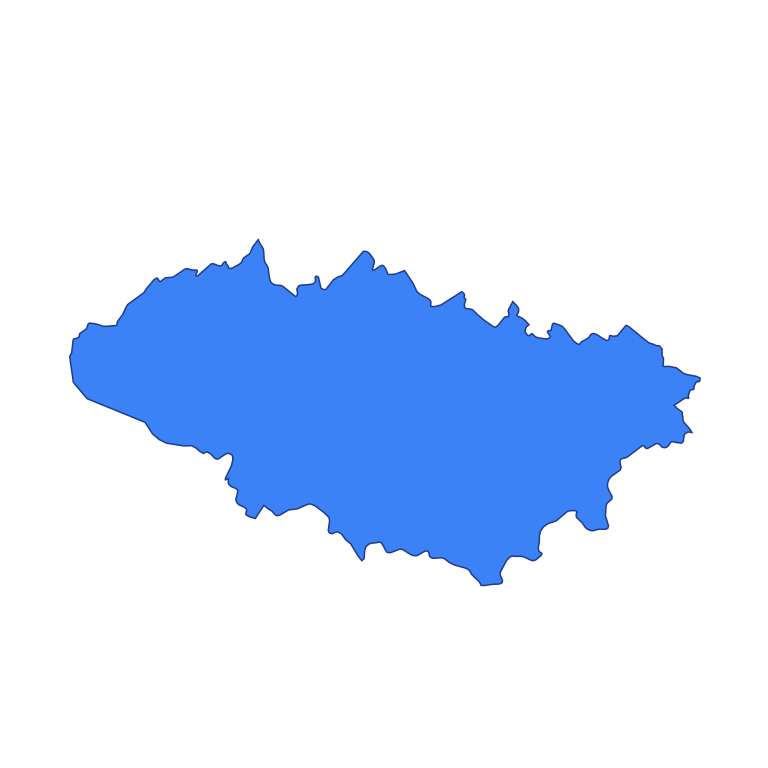 the border of Pskov, rotated 304°
{"feature_id": "RUS-2335", "entity_name": "Pskov", "entity_type": "Region", "adm_level": 1, "iso_a3": "RUS", "parent_name": "Russia", "parent_adm1": "", "projection": "mercator", "projection_center": [29.766, 57.296], "detail": "fine", "context": "isolated", "style": "filled", "palette": "blue", "viewbox_px": 768, "rotation_deg": 304, "n_neighbors": 0, "source": "natural_earth", "source_scale": "10m", "svg_char_len": 6171}
<svg xmlns="http://www.w3.org/2000/svg" viewBox="0 0 768 768"><g transform="rotate(304 384 384)"><path d="M232.1,382.0L226.2,375.3L216.9,370.9L214.7,368.5L215.0,365.6L216.0,362.2L215.7,358.3L216.2,352.3L200.6,352.5L199.1,348.1L198.5,345.4L198.4,343.3L199.2,341.8L202.6,340.8L203.5,339.3L203.7,335.9L203.3,334.8L202.8,331.1L203.0,329.5L203.5,328.1L204.1,327.2L205.5,325.7L212.8,323.1L214.4,321.4L214.5,319.3L213.5,314.6L213.9,311.8L214.8,310.4L216.0,309.4L218.5,308.1L215.9,306.1L217.0,305.3L231.5,303.1L237.1,300.8L239.1,299.3L240.3,297.1L239.5,293.8L238.0,292.1L229.1,288.5L228.3,287.5L227.8,285.2L229.2,279.3L228.7,275.2L227.1,273.9L225.4,273.2L225.2,268.3L225.8,264.0L225.3,259.1L220.8,252.8L213.3,236.7L212.2,228.7L213.2,220.1L218.6,207.3L205.8,146.1L211.7,125.5L231.1,108.0L235.2,107.6L246.8,101.6L247.9,101.6L250.6,104.1L252.3,104.8L255.7,103.6L263.6,106.5L268.0,105.2L268.9,105.3L269.7,105.7L271.8,109.5L272.8,112.0L275.0,119.2L276.9,122.0L282.9,129.5L283.6,129.5L286.6,128.1L295.6,128.5L304.1,127.1L307.0,127.2L325.2,133.8L330.8,133.8L342.0,135.0L344.9,136.4L344.9,137.4L344.6,138.2L343.5,140.5L343.7,141.3L349.4,143.2L350.2,143.8L352.9,147.4L354.9,149.3L356.3,150.1L367.3,154.4L368.8,155.4L369.6,156.4L371.4,161.5L373.7,164.9L373.7,165.6L373.2,166.2L369.3,167.0L368.8,167.5L368.8,168.6L369.5,169.1L386.6,173.5L387.9,174.6L388.6,176.3L389.4,180.3L390.5,182.6L391.8,183.3L393.9,183.1L395.6,183.4L396.4,183.9L396.9,184.4L395.2,186.7L395.0,188.1L393.5,190.1L393.3,190.7L394.6,193.0L395.2,193.5L398.1,194.7L401.8,196.9L405.3,197.9L409.0,197.1L410.2,197.2L416.5,199.7L418.6,199.7L424.3,198.5L433.3,199.0L430.9,203.1L428.9,207.8L426.9,209.9L420.0,215.2L418.2,217.4L416.2,221.9L415.2,223.2L408.2,229.4L405.2,232.9L404.8,236.1L405.4,238.8L408.2,243.7L408.4,245.8L407.1,260.9L407.2,261.6L407.7,262.1L409.6,262.3L411.1,261.4L413.8,258.7L417.6,258.4L419.6,259.9L422.9,264.3L425.7,267.6L427.4,269.0L429.0,269.8L430.8,269.8L433.8,267.4L434.9,267.2L435.6,267.6L435.9,269.0L435.7,270.2L428.3,278.0L428.2,279.0L428.5,280.8L429.2,282.3L430.0,283.0L441.9,283.7L447.5,286.2L450.4,288.7L482.6,292.8L483.7,294.7L484.2,296.4L484.2,298.5L483.3,301.3L481.5,306.1L479.8,307.8L474.8,309.6L472.5,310.1L472.1,310.4L472.2,311.0L473.6,312.5L479.5,314.8L481.5,316.2L481.6,317.0L481.6,318.0L480.9,320.0L480.1,321.7L477.4,325.4L477.4,326.8L481.5,332.0L489.5,337.6L483.8,351.7L479.3,359.1L479.0,359.8L478.8,360.8L478.6,363.7L478.9,367.7L479.5,371.9L479.3,375.3L478.4,376.9L474.7,379.2L475.0,380.5L476.8,383.0L481.3,387.0L504.1,396.9L503.6,400.0L502.7,401.1L500.4,402.1L500.1,404.2L499.6,404.7L496.3,405.6L494.4,406.5L492.9,407.9L492.4,409.0L492.6,410.3L494.1,413.0L494.7,414.3L495.0,415.5L494.8,417.5L493.9,422.3L492.9,430.9L492.7,442.0L492.9,443.8L493.3,444.4L493.9,444.9L496.4,445.7L506.5,446.6L507.5,447.1L509.2,449.2L509.7,449.3L510.4,449.3L512.3,448.0L513.8,446.2L516.1,445.5L524.3,444.7L523.2,450.2L522.3,452.6L521.8,453.3L519.4,455.1L517.4,455.5L516.1,455.3L515.1,455.8L515.1,457.5L515.6,459.8L515.8,463.6L515.4,466.3L514.3,470.8L513.9,471.1L511.5,470.1L509.8,470.2L506.3,471.5L505.3,473.7L504.8,475.7L505.0,477.1L505.8,477.7L507.6,477.9L508.4,478.4L508.5,479.2L507.9,482.6L508.0,484.4L509.1,487.3L512.0,493.1L513.6,494.9L515.2,495.6L516.2,495.2L517.1,493.7L518.2,490.8L518.9,490.2L519.9,490.3L521.8,492.5L527.9,490.2L528.9,490.4L529.6,491.3L531.2,497.7L531.4,500.2L530.4,503.8L525.7,516.9L525.4,520.9L525.7,523.2L526.6,524.0L529.8,524.3L534.7,526.9L537.1,527.7L540.8,527.8L542.3,528.6L543.4,530.3L543.9,532.5L544.1,535.6L544.0,538.8L544.4,543.0L544.8,544.6L545.2,545.1L545.9,545.4L547.4,545.3L550.2,544.1L550.7,544.4L551.1,545.3L551.7,547.3L554.5,550.5L567.9,551.8L568.3,553.3L568.4,555.6L567.5,566.5L567.0,569.9L566.3,579.9L566.7,582.5L567.6,585.0L568.0,587.9L568.6,589.3L569.3,590.1L569.6,591.5L569.1,592.4L568.8,594.4L568.4,595.2L566.7,596.0L565.4,597.2L563.4,598.2L561.5,601.4L557.0,604.3L555.7,604.7L554.8,605.5L555.7,607.3L557.9,610.2L560.9,617.3L560.3,626.5L561.6,630.8L565.0,638.6L565.7,642.7L563.7,644.0L562.2,643.9L561.4,643.2L561.4,642.6L560.9,642.0L559.8,641.8L555.8,642.2L553.1,643.7L552.5,643.7L551.4,642.2L549.5,641.3L544.3,642.9L543.0,644.4L542.5,644.4L542.1,644.2L541.7,642.6L540.8,641.4L528.5,636.4L527.7,640.6L527.5,646.0L527.2,647.0L526.7,647.6L525.4,648.3L523.7,650.4L521.7,651.6L520.1,653.6L517.7,662.6L516.0,666.4L514.2,662.9L510.7,661.2L506.9,662.6L503.9,664.3L501.4,663.8L498.8,658.8L497.9,656.3L497.1,654.8L495.9,654.1L492.2,654.4L490.2,653.9L488.4,652.7L487.3,650.5L487.3,649.0L488.0,646.3L487.7,644.3L487.0,643.3L486.1,642.6L478.2,638.7L477.2,637.4L477.4,636.0L477.9,634.8L477.9,633.4L477.1,632.5L459.6,626.6L457.8,625.5L454.9,622.7L453.3,622.3L451.3,623.3L447.3,627.2L445.0,628.0L434.5,624.1L430.9,623.8L427.3,624.6L423.9,626.6L421.8,629.5L418.3,636.0L416.0,637.2L409.9,635.6L407.5,636.1L398.7,641.2L391.9,649.5L389.5,650.2L387.7,649.2L383.4,642.9L379.0,639.1L377.9,636.8L377.3,633.5L377.7,631.0L379.8,625.7L380.9,618.8L381.6,617.5L382.3,616.9L384.6,615.7L385.9,615.6L386.2,614.6L385.9,613.3L383.4,609.6L381.9,608.1L380.3,607.1L366.7,603.3L359.7,597.9L354.7,596.1L349.5,596.0L345.1,597.7L339.9,601.1L334.3,603.5L332.0,606.0L331.8,609.7L329.8,610.2L323.0,608.2L320.7,606.2L319.8,603.0L319.3,599.2L318.5,595.5L317.7,593.8L314.6,589.4L313.1,586.6L312.3,585.8L310.8,585.1L305.8,584.3L292.6,585.7L290.6,587.2L287.7,591.8L285.7,593.0L283.8,592.4L282.0,590.6L279.2,586.7L273.1,579.9L271.3,577.2L273.1,574.1L273.9,570.6L274.4,566.8L275.2,563.0L277.2,559.0L277.3,556.7L277.1,555.0L273.5,544.1L272.9,540.8L272.6,537.2L273.0,531.7L272.6,529.9L271.9,528.6L267.3,522.7L266.6,521.2L266.3,519.7L266.9,517.8L269.2,515.6L269.8,514.2L269.3,512.3L267.7,511.1L260.6,507.6L259.0,505.9L257.8,503.2L257.4,499.8L257.3,492.6L256.4,489.8L247.6,483.6L246.1,480.8L247.1,478.1L249.2,474.3L250.9,470.6L250.4,468.3L248.4,466.7L245.0,462.7L243.1,461.1L239.1,460.0L235.4,461.0L228.0,465.2L225.1,464.4L226.9,458.7L232.8,446.0L233.5,439.2L235.5,433.9L235.9,432.1L235.5,427.9L233.4,426.3L231.1,425.1L229.9,422.1L231.5,419.6L239.8,415.6L242.5,413.1L243.3,409.6L244.0,404.5L244.4,395.3L243.9,391.5L242.8,389.1L241.1,387.7L232.1,382.0Z" fill="#3b82f6" stroke="#1e3a8a" stroke-width="1.5"/></g></svg>